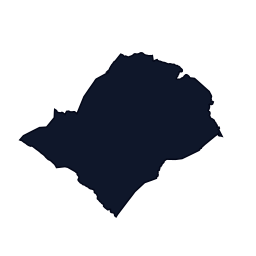 outline of Monte Santo, Bahia, Brazil, rotated 305°
{"feature_id": "56859067B5378838319311", "entity_name": "Monte Santo", "entity_type": "district", "adm_level": 2, "iso_a3": "BRA", "parent_name": "Brazil", "parent_adm1": "Bahia", "projection": "orthographic", "projection_center": [-39.443, -10.381], "detail": "fine", "context": "isolated", "style": "filled", "palette": "ink", "viewbox_px": 256, "rotation_deg": 305, "n_neighbors": 0, "source": "geoboundaries", "source_scale": "gbopen_adm2", "svg_char_len": 4388}
<svg xmlns="http://www.w3.org/2000/svg" viewBox="0 0 256 256"><g transform="rotate(305 128 128)"><path d="M53.1,143.0L52.4,143.7L52.4,144.9L52.0,146.2L51.7,147.2L51.7,148.3L51.3,149.6L51.3,150.8L51.5,151.8L50.8,152.3L49.9,152.9L49.7,154.0L49.5,155.1L49.5,156.3L49.4,157.4L49.4,158.4L50.1,158.9L50.9,159.4L51.3,160.3L50.4,160.8L49.6,161.6L49.2,162.3L49.5,163.4L50.0,164.3L50.2,165.1L50.0,165.9L49.4,166.6L48.6,167.4L48.4,168.3L48.4,169.2L51.0,169.0L70.0,169.7L71.2,169.8L76.3,170.0L79.8,170.1L92.8,172.9L99.0,177.3L103.1,180.1L103.9,179.8L104.7,179.4L105.6,180.0L106.9,179.6L107.8,178.5L108.6,178.3L109.2,177.5L110.1,177.2L110.7,177.6L111.5,177.8L112.2,177.4L112.9,177.3L113.6,176.6L114.4,176.5L115.2,177.0L116.0,176.8L116.8,176.9L117.7,176.8L118.4,176.3L119.4,176.9L120.6,177.0L121.5,176.6L122.4,176.7L123.2,177.0L124.0,177.2L124.8,177.8L129.5,184.8L134.0,189.8L139.5,192.9L142.2,194.4L150.5,199.0L151.4,199.1L152.8,198.9L153.4,199.6L154.5,199.4L158.6,200.3L171.1,203.8L175.3,205.2L174.7,205.8L173.8,206.5L174.1,207.6L174.8,208.7L175.2,209.8L178.0,204.5L178.4,203.7L178.5,202.8L179.4,203.1L180.2,203.0L180.9,202.1L180.3,201.2L179.9,200.4L180.5,200.0L181.2,199.6L181.7,198.5L181.9,197.8L182.5,196.9L182.7,195.9L183.1,195.0L183.8,193.9L183.7,193.1L183.8,192.3L183.7,191.4L183.5,190.5L183.7,189.5L184.5,188.4L184.9,187.5L186.3,187.1L187.3,186.6L188.0,185.6L187.9,184.4L188.5,183.5L189.8,183.5L191.1,183.1L191.9,182.7L192.8,182.0L193.7,181.0L194.6,181.4L194.7,182.4L195.3,183.0L196.1,183.5L197.0,183.3L198.3,182.9L198.2,181.8L197.9,180.8L198.3,179.9L199.2,179.8L199.6,179.1L200.8,178.7L201.9,178.2L202.7,176.9L203.2,175.9L203.8,174.7L204.4,173.7L206.3,158.0L206.6,155.3L206.7,154.5L206.6,153.6L206.0,152.8L205.6,151.8L205.0,151.0L204.7,150.2L204.7,149.2L205.2,148.5L205.3,147.8L205.4,146.9L205.4,146.1L205.2,145.3L204.6,144.7L203.5,144.5L202.7,144.3L201.9,144.4L200.7,144.1L199.6,143.3L198.3,143.0L197.5,142.3L197.0,141.5L196.2,140.6L195.9,139.7L196.6,139.1L197.3,138.8L199.1,138.9L200.1,138.5L201.2,138.5L202.7,138.0L203.6,137.8L204.1,138.5L204.7,139.5L205.4,139.9L206.3,139.5L206.9,138.8L207.1,137.6L207.2,136.4L207.6,135.2L207.6,134.3L207.3,133.3L207.4,132.5L206.8,131.6L206.6,130.9L206.6,130.0L206.6,129.2L205.9,128.3L205.4,127.5L205.1,126.4L204.6,125.4L203.8,124.7L203.3,123.6L203.1,122.6L202.9,121.8L202.7,120.8L202.3,119.8L201.9,119.2L201.6,118.3L201.2,116.4L200.9,115.7L200.5,115.0L200.4,114.2L200.4,113.5L200.7,112.6L198.8,111.3L197.6,110.9L197.4,110.1L199.9,107.7L201.3,106.4L200.7,105.9L200.1,104.9L199.3,103.9L198.7,102.8L198.4,101.8L197.8,100.8L197.6,99.4L197.5,98.4L197.7,97.7L197.6,96.4L197.0,95.5L196.5,95.0L195.5,94.6L194.6,94.0L193.9,93.2L193.4,92.6L193.1,91.8L192.4,90.8L191.2,90.3L190.2,90.3L189.3,89.7L188.5,89.2L187.5,88.4L186.1,87.5L185.9,86.0L185.5,84.7L184.5,84.2L184.7,82.7L184.8,81.8L184.3,79.7L176.1,79.2L175.3,79.3L174.7,78.7L173.9,78.6L172.8,78.6L171.6,78.7L170.7,78.5L169.6,78.6L168.6,78.6L167.4,78.8L166.3,78.8L165.3,79.3L161.7,78.5L162.1,79.3L162.1,80.0L149.8,73.9L148.4,73.8L146.2,73.9L138.4,73.9L128.3,74.0L126.2,74.5L113.3,77.4L112.4,77.6L110.4,77.9L110.6,76.9L110.6,76.1L110.7,75.0L110.0,73.9L109.3,73.3L108.4,72.0L107.8,70.9L107.9,69.9L107.3,69.2L106.4,68.2L102.9,68.6L103.1,67.8L102.9,66.7L103.2,65.9L102.8,64.8L102.0,64.5L101.3,63.4L100.9,62.4L100.4,61.5L100.5,60.7L101.0,60.1L101.3,58.9L101.2,57.3L99.2,58.5L94.2,61.7L82.0,60.8L77.6,55.3L68.3,50.3L64.9,48.5L61.7,46.8L56.2,46.2L56.4,47.1L56.8,47.9L56.8,48.8L56.8,50.0L56.7,50.9L56.8,52.1L56.9,53.2L56.7,54.3L56.7,55.4L56.8,56.7L57.0,57.6L57.4,58.8L58.2,59.4L58.3,60.5L58.3,61.7L58.2,62.5L58.2,63.6L58.1,64.7L58.1,65.5L58.1,66.4L58.1,67.3L58.0,68.9L57.9,70.1L57.7,71.2L57.7,72.1L57.7,72.9L57.7,73.8L57.6,74.8L57.4,76.0L57.1,76.9L56.9,77.7L56.8,78.6L56.6,79.7L56.5,80.8L56.7,81.8L56.9,82.8L56.9,83.5L56.8,84.3L56.7,85.2L56.5,86.3L56.4,87.3L56.3,88.0L56.1,89.1L55.6,90.1L55.1,91.3L54.6,92.1L60.4,98.7L60.6,99.6L61.0,100.3L61.3,101.0L62.1,109.8L61.9,110.9L62.2,112.0L61.4,112.5L60.7,113.2L60.4,114.4L60.1,115.4L59.5,116.2L58.1,116.5L56.9,116.8L56.4,117.8L56.2,118.6L56.1,119.4L55.8,120.2L55.9,121.4L56.0,122.7L55.8,123.6L56.1,124.2L56.5,125.2L56.4,126.2L56.4,127.1L56.6,128.3L56.8,129.5L56.5,130.7L56.6,131.6L56.8,132.4L57.2,133.2L57.6,134.4L57.7,135.7L56.9,136.8L56.2,137.1L55.8,137.9L56.0,138.8L55.8,140.2L55.1,141.4L54.3,142.7L53.1,143.0Z" fill="#0f172a" stroke="#020617" stroke-width="1.5"/></g></svg>